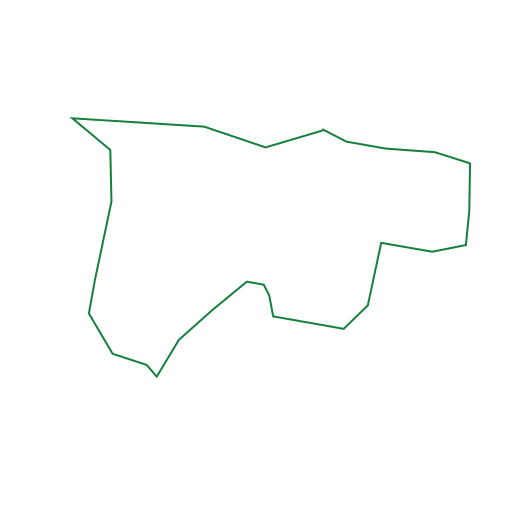 the district of Kävlinge, Skåne, Sweden, rotated 10°
{"feature_id": "70781695B14589656511888", "entity_name": "Kävlinge", "entity_type": "district", "adm_level": 2, "iso_a3": "SWE", "parent_name": "Sweden", "parent_adm1": "Skåne", "projection": "albers", "projection_center": [13.079, 55.8], "detail": "fine", "context": "isolated", "style": "outline", "palette": "green", "viewbox_px": 512, "rotation_deg": 10, "n_neighbors": 0, "source": "geoboundaries", "source_scale": "gbopen_adm2", "svg_char_len": 569}
<svg xmlns="http://www.w3.org/2000/svg" viewBox="0 0 512 512"><g transform="rotate(10 256 256)"><path d="M51.2,152.3L58.8,156.6L94.1,176.9L104.2,227.5L101.5,308.6L101.4,341.6L131.8,377.2L167.3,382.3L179.2,392.0L194.6,352.0L221.8,317.5L251.4,282.9L268.6,282.9L276.0,292.8L283.4,312.5L310.6,312.5L355.0,312.5L361.2,303.9L374.7,285.3L377.0,221.3L428.8,221.2L455.3,210.9L460.8,208.8L458.2,174.3L450.7,127.6L413.8,122.7L389.8,125.2L364.6,127.7L325.2,127.7L300.5,120.0L300.6,120.4L246.5,147.4L182.5,137.6L51.2,152.3Z" fill="none" stroke="#15803d" stroke-width="2"/></g></svg>